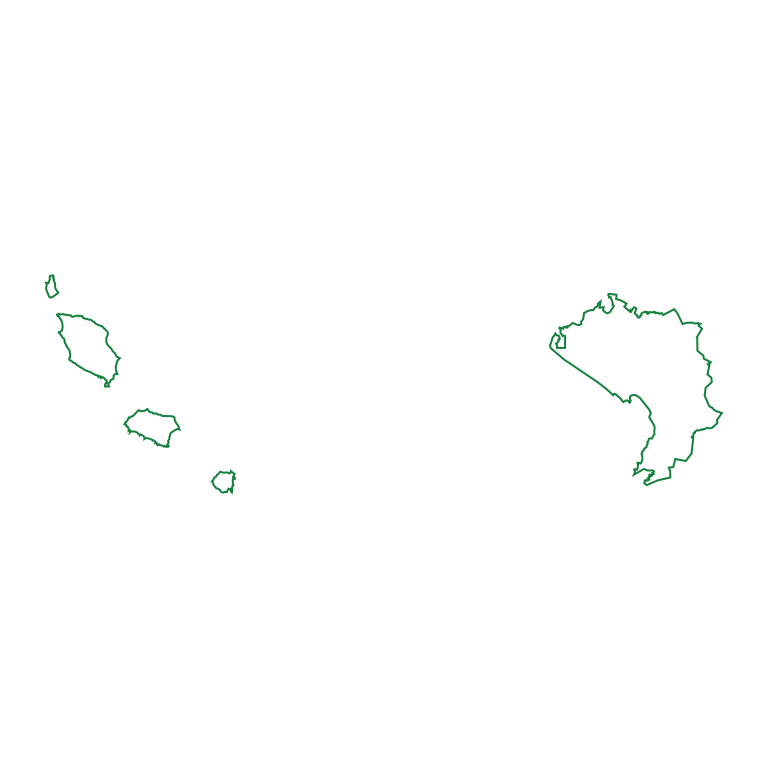 outline of San Blas, Nayarit, Mexico
{"feature_id": "50627088B60863102587946", "entity_name": "San Blas", "entity_type": "district", "adm_level": 2, "iso_a3": "MEX", "parent_name": "Mexico", "parent_adm1": "Nayarit", "projection": "natural_earth1", "projection_center": [-105.887, 21.55], "detail": "fine", "context": "isolated", "style": "outline", "palette": "green", "viewbox_px": 768, "rotation_deg": 0, "n_neighbors": 0, "source": "geoboundaries", "source_scale": "gbopen_adm2", "svg_char_len": 6043}
<svg xmlns="http://www.w3.org/2000/svg" viewBox="0 0 768 768"><path d="M721.9,413.0L715.7,411.0L713.7,409.5L712.3,407.8L709.7,406.6L709.0,405.7L704.6,395.6L705.7,387.7L711.8,382.1L711.3,377.6L707.5,374.5L709.6,363.9L707.0,364.6L710.7,362.1L704.0,358.8L703.3,355.6L697.4,350.7L697.2,337.7L696.8,337.4L702.1,328.7L699.0,326.1L699.3,325.9L698.7,324.7L699.8,324.0L698.8,323.9L698.5,323.1L694.8,323.5L692.8,322.7L689.4,322.7L685.9,322.9L682.6,324.1L677.5,313.4L674.2,309.2L663.1,315.1L661.7,313.0L659.5,313.8L657.8,312.6L656.5,313.1L655.7,312.7L655.2,313.1L654.7,312.9L654.5,311.8L654.1,311.7L652.7,312.4L650.1,312.1L650.2,312.4L647.7,313.2L647.7,313.8L646.8,313.4L646.7,312.9L647.2,312.1L645.6,311.7L642.6,312.7L641.2,313.9L641.3,315.4L640.0,316.2L639.6,317.3L638.3,317.7L637.0,316.2L637.4,315.4L634.7,313.5L636.3,308.6L635.3,307.7L634.3,307.2L633.2,308.2L631.2,311.4L630.4,310.2L630.0,311.7L624.3,306.7L625.7,305.1L625.7,304.1L626.1,304.3L626.6,303.6L620.8,300.3L616.1,299.0L616.6,294.7L608.9,293.9L608.3,294.3L608.3,295.2L608.8,296.0L609.0,297.4L610.6,297.0L612.8,303.3L612.4,304.7L613.9,306.0L609.7,312.4L606.9,313.3L604.4,311.7L603.0,310.1L603.6,307.2L599.5,307.7L600.6,301.5L598.3,303.2L597.3,306.4L594.8,307.8L593.3,310.1L591.7,310.0L587.8,310.9L584.0,313.2L583.2,319.2L581.1,321.5L581.3,324.2L578.7,325.2L576.1,324.5L572.8,322.9L570.3,325.0L568.4,326.3L567.7,326.2L567.5,327.5L566.3,327.6L566.1,326.6L563.8,327.0L563.4,328.2L563.2,327.8L562.7,328.3L559.5,327.6L559.4,328.5L560.9,329.5L560.5,330.4L560.6,333.4L561.6,334.2L562.5,336.1L563.8,335.6L565.1,336.1L565.0,347.9L557.0,347.9L557.1,345.2L556.1,343.7L558.2,341.8L558.3,340.0L558.7,339.6L559.1,340.0L559.4,339.5L559.0,339.1L559.7,338.8L559.0,335.9L556.7,335.2L555.3,333.5L554.5,335.3L552.7,337.2L550.8,343.6L550.0,344.8L550.4,345.5L550.1,346.7L550.8,348.2L564.3,359.7L597.4,382.0L606.8,389.3L613.2,395.2L614.5,393.7L615.9,394.4L620.9,398.9L623.2,402.1L626.5,400.3L627.9,400.7L629.3,402.3L629.5,401.5L630.2,401.8L630.2,401.0L630.7,400.5L629.8,398.8L630.2,396.3L632.2,395.1L635.7,395.1L639.7,397.7L648.9,409.2L650.9,413.0L649.2,417.1L654.3,425.8L654.7,428.1L654.2,431.4L654.5,434.4L653.5,435.4L652.0,438.6L649.8,438.4L648.9,438.8L648.1,441.6L647.3,442.1L647.7,443.9L646.9,445.0L646.4,447.3L644.3,448.6L643.6,450.4L642.4,451.1L642.2,452.9L641.5,453.9L642.3,455.9L642.4,459.3L641.4,462.5L640.4,463.5L638.0,462.6L637.4,462.8L637.5,463.7L638.1,464.2L637.5,468.6L636.7,469.8L634.7,469.1L634.1,469.9L634.7,470.4L634.8,473.0L634.0,474.6L643.6,469.1L645.5,469.4L647.3,470.5L652.5,470.4L653.9,471.3L653.3,472.4L653.6,473.3L652.5,473.2L653.1,474.3L652.6,475.0L652.1,475.2L651.5,474.5L650.4,475.1L649.1,474.0L649.7,475.4L649.3,475.9L650.3,476.6L648.9,477.3L648.7,478.4L648.0,478.4L648.4,479.2L649.2,479.3L648.7,480.2L646.4,480.0L646.4,480.8L644.7,480.6L644.3,483.2L646.8,485.1L657.9,480.3L670.3,477.5L670.2,471.3L668.8,467.6L673.3,467.0L675.3,459.0L685.8,461.0L691.5,453.6L693.2,438.5L693.2,437.1L692.0,437.6L691.7,437.0L693.2,436.2L693.5,433.3L695.0,432.8L695.0,431.6L697.3,430.2L698.9,430.6L701.1,429.5L701.7,429.9L702.8,429.2L703.6,429.6L707.1,427.7L707.6,428.1L709.8,428.3L712.0,427.9L717.0,423.5L717.4,422.8L716.9,420.1L721.9,413.0ZM60.0,314.6L59.1,313.7L58.4,314.5L57.1,314.5L57.1,315.0L57.6,315.9L59.2,317.0L61.7,321.2L62.4,323.7L62.6,327.4L61.9,330.5L60.4,331.8L59.1,332.0L58.8,332.7L59.5,332.8L62.9,337.9L63.8,338.4L64.4,339.8L64.8,342.8L66.7,345.8L66.5,346.7L67.4,347.3L69.6,350.8L70.3,355.4L70.1,356.9L69.1,358.5L69.8,360.4L70.8,360.5L73.9,363.0L75.0,363.1L77.1,365.1L85.0,370.1L91.2,372.5L95.6,375.1L97.4,375.3L98.2,376.8L98.6,376.0L100.6,376.5L100.5,377.6L100.9,378.2L102.3,377.1L103.4,377.5L106.9,381.1L106.6,383.0L106.0,383.6L105.6,383.4L105.3,384.2L104.9,385.6L105.2,386.6L109.1,386.4L108.3,384.4L108.5,383.4L110.1,381.8L110.4,380.7L111.2,379.8L113.5,378.6L113.6,375.6L115.7,373.7L117.3,374.0L115.8,369.3L115.8,366.5L117.3,360.9L119.8,358.1L116.7,356.7L115.0,353.4L112.6,351.0L111.3,348.6L108.7,346.2L107.0,343.9L106.4,341.8L106.2,338.3L108.0,334.0L107.5,331.7L101.7,326.0L98.9,325.3L95.3,323.4L94.6,322.3L92.3,321.1L91.7,320.2L83.2,318.1L82.3,316.1L79.2,316.2L78.4,315.5L72.1,316.8L71.5,316.6L70.8,315.4L64.3,314.6L63.7,314.1L60.0,314.6ZM149.0,411.6L147.9,409.4L147.2,409.1L144.4,410.9L141.2,411.2L139.9,410.9L139.0,410.2L138.1,410.6L133.3,415.7L130.5,417.0L129.5,418.0L128.7,417.6L127.1,421.0L125.3,422.5L124.5,424.3L126.0,424.5L126.5,426.5L127.3,426.4L128.1,427.2L128.8,428.9L128.5,429.3L129.1,429.7L128.8,430.8L129.9,430.2L130.4,431.1L130.1,432.3L131.0,431.4L134.8,431.5L137.5,432.7L138.3,434.1L139.9,434.4L139.9,435.3L140.4,434.9L141.5,435.0L142.2,435.4L142.1,435.9L142.5,435.4L143.7,436.2L144.4,437.5L144.3,439.0L145.6,438.1L148.0,438.3L152.1,439.7L152.5,440.4L153.7,440.4L154.1,441.2L155.3,441.5L155.3,443.1L156.2,442.7L156.8,443.1L156.6,443.8L157.5,445.2L159.1,444.3L159.9,445.2L161.1,445.1L164.0,446.6L164.8,445.9L165.9,446.7L166.4,446.2L166.8,446.8L168.2,446.7L168.7,446.0L167.4,444.5L168.6,442.6L168.1,441.0L169.5,438.7L169.3,437.6L170.7,432.9L176.2,429.4L178.2,429.1L179.5,429.5L178.2,425.6L177.0,424.3L174.9,420.7L174.4,417.3L172.0,416.2L162.2,416.0L160.5,414.7L157.7,414.6L156.6,413.4L153.7,413.7L153.0,413.3L152.7,412.5L151.1,412.4L149.0,411.6ZM234.6,474.2L231.0,471.2L231.1,472.4L229.1,473.4L227.9,472.5L222.9,472.6L220.3,471.7L218.1,474.4L217.1,474.6L215.7,477.1L214.2,477.6L213.3,480.0L211.9,481.4L212.5,481.7L213.8,485.4L216.1,488.0L219.8,489.7L221.0,491.9L223.0,492.6L224.3,492.0L226.9,492.0L227.9,489.5L228.9,488.6L230.3,488.9L230.6,490.8L231.9,492.4L232.3,490.0L231.9,488.2L232.6,485.9L233.4,485.4L233.3,484.6L232.8,484.0L232.8,479.6L233.4,479.3L233.0,477.9L233.7,477.3L234.9,478.5L235.0,478.2L234.0,476.7L233.6,477.1L233.2,476.6L234.6,474.2ZM52.7,275.4L50.0,276.0L49.6,277.6L49.9,278.8L48.5,283.1L46.1,282.8L46.9,284.1L46.2,287.1L46.2,289.3L48.9,296.2L50.0,297.6L52.4,297.1L57.7,293.3L58.2,292.4L56.7,290.7L55.2,287.9L55.0,283.3L53.7,280.6L54.1,279.4L53.1,278.4L53.7,277.0L53.3,276.2L52.7,276.1L52.7,275.4Z" fill="none" stroke="#15803d" stroke-width="2"/></svg>